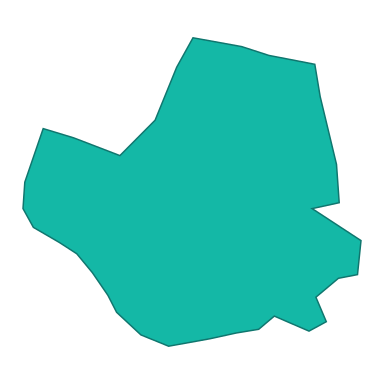 outline of Mammari, Cyprus
{"feature_id": "46923920B76597739182266", "entity_name": "Mammari", "entity_type": "district", "adm_level": 2, "iso_a3": "CYP", "parent_name": "Cyprus", "parent_adm1": "", "projection": "equal_earth", "projection_center": [33.204, 35.187], "detail": "fine", "context": "isolated", "style": "filled", "palette": "teal", "viewbox_px": 384, "rotation_deg": 0, "n_neighbors": 0, "source": "geoboundaries", "source_scale": "gbopen_adm2", "svg_char_len": 537}
<svg xmlns="http://www.w3.org/2000/svg" viewBox="0 0 384 384"><path d="M43.2,128.6L24.8,182.2L23.0,208.6L33.4,227.4L59.4,242.5L76.8,253.8L92.4,272.7L107.9,295.3L116.6,312.3L140.9,334.9L168.6,346.2L210.2,338.7L236.2,333.0L258.7,329.3L274.3,316.1L291.6,323.6L309.0,331.1L326.3,321.7L315.9,297.2L338.4,278.3L357.5,274.6L361.0,240.6L312.1,208.6L339.2,202.7L336.5,164.4L320.2,96.7L314.8,64.3L268.8,55.4L241.7,46.6L193.0,37.8L176.7,67.2L155.1,120.2L119.9,155.6L73.8,137.9L43.2,128.6Z" fill="#14b8a6" stroke="#0f766e" stroke-width="1.5"/></svg>